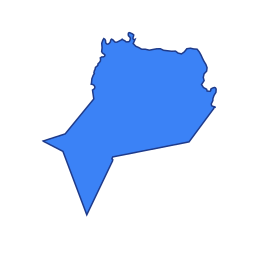 outline of Santos Reyes Tepejillo, Oaxaca, Mexico, rotated 16°
{"feature_id": "50627088B75439888832629", "entity_name": "Santos Reyes Tepejillo", "entity_type": "district", "adm_level": 2, "iso_a3": "MEX", "parent_name": "Mexico", "parent_adm1": "Oaxaca", "projection": "orthographic", "projection_center": [-97.955, 17.412], "detail": "fine", "context": "isolated", "style": "filled", "palette": "blue", "viewbox_px": 256, "rotation_deg": 16, "n_neighbors": 0, "source": "geoboundaries", "source_scale": "gbopen_adm2", "svg_char_len": 1917}
<svg xmlns="http://www.w3.org/2000/svg" viewBox="0 0 256 256"><g transform="rotate(16 128 128)"><path d="M50.0,163.9L50.4,164.1L71.9,168.4L112.3,222.8L121.9,165.7L122.2,164.1L122.1,162.6L121.0,162.1L121.3,160.0L190.5,124.5L204.7,86.5L205.0,86.0L204.9,85.4L205.1,84.8L206.0,84.2L205.7,83.7L203.7,83.8L202.5,83.6L201.8,82.8L201.4,81.6L201.7,80.2L202.0,78.3L201.5,76.4L201.7,73.0L202.7,69.4L202.0,66.3L201.0,65.3L199.9,65.2L198.1,66.4L196.9,67.8L197.2,69.2L196.8,70.1L193.9,70.7L192.9,69.1L189.4,68.3L186.7,66.0L188.1,61.5L186.4,58.6L186.2,55.0L187.9,51.7L187.4,48.3L185.4,45.5L182.5,42.8L180.3,40.4L178.2,37.9L175.6,35.3L172.7,33.2L169.3,33.9L166.0,34.1L162.7,35.6L161.1,39.4L159.0,42.0L155.5,42.2L152.5,41.0L148.8,42.2L144.4,42.9L140.8,43.5L137.2,42.9L133.7,44.0L130.6,45.5L127.1,47.3L123.0,47.5L119.4,48.5L116.2,47.7L112.9,47.3L109.7,45.4L110.2,41.8L110.3,40.9L109.9,41.3L108.8,41.3L108.3,40.9L108.0,40.3L107.9,39.2L108.0,37.9L107.8,36.9L105.9,36.2L104.6,36.1L103.6,35.9L102.8,36.0L102.3,36.6L102.3,37.5L102.6,38.5L103.0,39.2L104.8,40.2L105.5,41.0L105.7,41.8L105.7,42.5L105.7,43.0L105.6,43.6L105.5,44.1L105.0,44.9L104.3,45.1L103.4,45.5L102.5,45.7L101.7,45.5L100.8,44.9L99.8,44.9L99.0,44.7L97.9,44.2L97.3,45.2L96.3,46.1L95.7,46.7L95.2,47.2L94.5,47.8L93.8,48.4L93.3,48.7L92.6,48.9L92.0,49.0L91.4,48.8L90.7,48.4L90.1,48.0L89.6,47.6L88.9,47.4L88.3,47.2L87.7,47.1L87.3,47.7L87.2,48.8L87.3,50.1L86.9,51.3L86.2,52.4L85.4,53.0L84.6,53.1L83.7,52.7L83.1,52.2L82.2,50.0L81.3,49.1L80.1,48.7L79.6,50.4L79.4,53.8L81.0,58.1L81.6,61.8L82.7,62.9L84.9,63.7L85.5,64.0L85.8,64.6L85.7,65.5L85.2,66.0L84.8,66.4L84.0,66.7L83.3,66.8L82.0,68.3L82.6,69.2L83.0,71.3L82.4,73.0L81.5,74.4L81.7,76.3L80.0,78.7L80.2,80.8L79.9,82.1L80.0,84.4L80.6,84.9L80.0,87.0L79.7,90.7L80.5,95.0L80.5,96.0L82.2,95.9L83.7,96.4L84.8,97.6L85.0,98.7L84.6,99.9L83.4,101.3L87.1,109.5L69.2,151.0L50.0,163.9Z" fill="#3b82f6" stroke="#1e3a8a" stroke-width="1.5"/></g></svg>